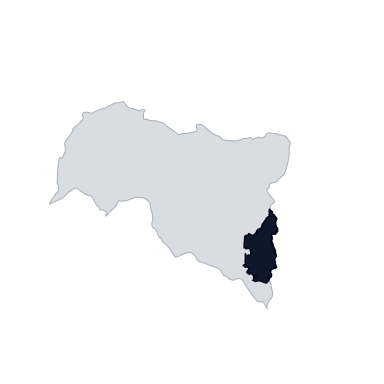 Djéma, Haut-Mbomou, Central African Republic shown in context, rotated 42°
{"feature_id": "33826404B9662788023259", "entity_name": "Djéma", "entity_type": "district", "adm_level": 2, "iso_a3": "CAF", "parent_name": "Central African Republic", "parent_adm1": "Haut-Mbomou", "projection": "natural_earth1", "projection_center": [25.567, 6.936], "detail": "fine", "context": "in_parent", "style": "filled", "palette": "ink", "viewbox_px": 384, "rotation_deg": 42, "n_neighbors": 0, "source": "geoboundaries", "source_scale": "gbopen_adm2", "svg_char_len": 9377}
<svg xmlns="http://www.w3.org/2000/svg" viewBox="0 0 384 384"><g transform="rotate(42 192 192)"><path d="M256.5,142.9L259.5,143.8L260.1,144.9L259.2,148.4L259.8,150.6L261.5,152.4L263.2,153.2L264.9,153.7L270.7,154.8L273.1,156.1L276.2,160.2L280.2,164.0L281.2,166.0L281.0,167.8L279.8,170.0L280.0,170.9L281.8,173.1L283.9,175.3L287.7,177.8L294.4,181.7L297.4,184.4L298.4,186.3L300.1,188.5L302.5,190.5L304.1,192.0L303.0,196.3L303.3,197.7L303.9,198.9L305.3,200.6L305.9,202.8L307.2,205.5L308.9,206.7L311.6,207.2L313.0,208.5L316.1,210.6L319.0,212.5L320.2,213.8L321.0,214.9L321.6,216.3L322.0,217.6L322.0,220.5L322.5,224.1L324.1,226.6L325.6,228.4L319.6,226.3L318.7,226.3L317.7,226.6L314.6,229.2L313.6,229.5L309.7,229.0L300.2,226.9L292.9,225.0L290.8,224.3L286.9,223.6L284.3,224.9L281.9,229.5L281.2,230.4L277.4,231.8L275.6,231.4L271.2,232.7L264.5,230.8L262.0,231.2L260.1,232.1L255.3,234.2L252.3,235.4L248.9,236.5L245.6,238.2L243.4,239.1L241.3,239.1L239.4,238.1L237.2,237.3L234.7,237.1L232.1,237.6L229.8,239.5L228.9,240.8L226.9,244.3L224.6,249.9L223.7,251.1L222.9,251.7L212.3,248.8L207.8,248.2L204.7,249.0L200.8,247.5L199.1,247.2L198.4,247.7L196.2,247.0L192.7,245.0L189.4,244.2L186.4,244.5L184.5,243.8L183.0,242.0L181.1,238.5L177.7,235.1L173.1,232.3L170.2,230.3L169.1,228.9L166.6,228.1L162.8,228.0L159.1,229.3L153.8,233.6L148.9,242.4L146.2,245.8L144.0,246.6L143.5,248.7L144.6,252.1L144.8,256.0L144.1,262.6L144.3,267.3L143.2,266.6L142.1,264.3L141.5,263.9L138.3,264.9L136.6,265.8L135.7,266.7L135.1,266.8L134.0,265.6L133.2,265.4L132.0,265.6L130.7,265.6L129.8,265.4L129.3,265.5L127.8,264.8L122.2,263.0L121.3,262.4L120.2,262.4L117.3,264.0L115.8,264.5L111.2,265.5L106.3,266.0L104.4,266.0L103.1,266.7L102.3,267.7L100.7,273.8L100.3,274.8L100.4,276.3L100.0,281.2L100.1,282.8L94.2,296.2L93.3,293.9L92.7,291.3L92.4,288.3L92.6,287.5L92.2,286.6L91.7,284.2L92.2,282.6L91.8,280.9L90.7,279.3L89.6,278.1L89.0,276.9L88.5,276.5L87.4,276.3L85.9,275.7L79.4,267.9L72.6,259.0L71.2,256.2L70.7,254.5L72.3,254.3L72.7,254.0L72.8,253.2L71.8,251.0L71.3,248.1L70.4,246.3L67.8,243.6L65.3,241.6L64.5,240.5L64.0,239.0L63.1,229.5L62.7,226.8L61.9,225.6L61.3,225.0L61.1,224.3L61.2,222.6L61.5,221.1L61.5,220.5L62.2,219.2L62.2,210.4L61.4,209.2L59.9,209.1L59.1,207.9L58.4,206.2L58.6,205.1L60.1,203.3L61.1,202.6L64.0,201.2L64.8,200.5L65.3,199.6L65.7,198.4L67.4,193.9L69.9,189.4L71.0,188.4L73.5,181.8L74.1,180.1L74.6,178.4L75.4,177.0L78.1,174.7L80.2,170.8L82.5,171.0L84.8,171.6L87.7,171.9L90.1,171.2L91.6,169.6L98.7,167.0L99.3,164.8L100.4,163.7L101.7,162.7L102.2,162.6L102.3,163.3L103.1,165.5L104.7,167.7L107.1,170.1L107.8,170.0L109.3,168.2L113.0,167.0L113.9,166.5L116.6,163.9L119.8,162.2L121.7,161.6L124.9,159.8L127.2,160.0L130.9,159.8L137.0,158.9L141.5,158.6L143.7,158.3L144.3,158.0L145.2,155.4L145.8,154.7L147.5,153.6L150.8,149.7L153.0,146.5L153.6,145.3L154.1,145.1L155.0,143.7L154.1,142.3L150.4,139.4L150.5,139.0L150.3,138.6L150.5,138.2L151.9,137.0L153.8,135.6L155.8,135.1L161.0,135.2L165.5,135.0L166.5,135.0L170.0,134.3L172.4,133.7L174.8,132.3L180.4,132.5L185.0,129.0L186.3,128.3L186.9,127.8L187.1,127.2L189.3,125.8L191.7,122.9L193.6,120.3L194.1,118.5L199.4,112.2L201.2,112.4L202.1,111.6L204.2,107.4L204.8,106.7L207.0,105.9L208.0,104.7L208.9,102.9L208.9,100.6L208.5,98.8L208.5,97.9L209.0,97.1L209.9,96.3L213.8,94.0L214.8,92.9L215.4,92.0L216.6,91.8L217.8,91.9L218.5,91.3L219.4,90.3L222.2,88.9L224.7,87.8L227.4,88.3L232.2,89.7L233.7,92.6L234.3,93.7L240.3,100.7L241.5,102.4L244.4,107.5L246.2,110.9L248.3,115.9L248.5,118.6L248.2,120.9L247.8,127.4L247.2,129.3L244.6,132.8L244.5,134.4L245.0,135.7L245.8,136.2L246.3,136.9L246.0,139.9L247.0,141.1L248.9,141.9L253.9,142.5L256.5,142.9Z" fill="#d9dde1" stroke="#a8b0b8" stroke-width="1"/><path d="M308.4,206.5L308.1,206.3L308.1,206.0L308.0,205.8L307.7,205.7L307.7,204.9L307.5,204.7L307.4,204.4L307.2,204.4L306.6,204.7L306.3,204.9L306.0,205.5L305.9,205.5L305.9,205.3L305.8,205.1L306.1,204.3L306.9,203.8L307.0,203.5L307.3,203.5L307.6,202.6L307.6,201.8L307.4,201.5L306.9,202.0L306.3,201.9L306.7,200.5L306.6,200.2L306.2,200.2L305.9,200.1L305.6,199.8L305.4,199.9L304.8,199.8L304.6,199.5L304.4,199.5L304.4,199.1L304.2,198.8L303.6,198.5L303.4,198.2L303.1,198.3L303.0,198.0L302.8,197.9L302.9,197.1L302.9,196.2L302.6,196.0L302.6,195.6L302.8,195.5L303.1,195.5L303.4,195.2L303.2,195.1L303.5,194.8L303.4,194.6L303.5,194.4L303.9,194.1L303.8,193.9L303.9,193.3L304.0,193.3L304.4,193.3L304.5,192.9L304.4,192.6L304.9,192.4L305.1,192.5L305.1,192.2L305.2,191.8L305.2,191.6L304.9,191.3L304.6,191.3L304.5,190.9L304.3,191.0L304.0,190.8L303.7,190.9L303.6,190.7L303.5,190.3L303.4,190.2L303.1,190.2L302.1,190.5L301.9,190.3L301.9,190.0L301.8,189.8L301.8,189.6L301.7,189.5L301.5,189.3L301.3,189.4L301.0,189.4L300.4,189.1L300.3,188.8L300.5,188.6L300.2,188.6L300.3,188.0L300.2,187.8L299.9,187.7L299.6,187.5L299.3,187.7L299.1,187.6L298.9,187.7L298.6,187.3L298.4,187.2L298.3,186.9L298.2,186.3L298.3,186.0L298.4,185.8L298.3,185.7L297.9,185.6L297.8,185.1L297.6,185.2L297.5,184.8L297.8,184.7L297.8,184.3L297.6,184.1L297.7,183.7L297.5,183.2L297.1,182.9L296.6,183.0L296.5,182.9L296.4,182.6L296.5,182.4L296.4,182.3L296.1,182.3L295.4,182.3L295.2,182.2L295.2,181.8L294.8,181.8L294.6,181.7L294.8,181.3L294.7,181.2L294.5,180.9L293.9,180.7L293.7,180.7L293.4,180.6L293.2,180.5L292.9,180.5L292.9,180.3L293.2,179.9L293.1,179.6L292.3,179.6L292.1,179.4L291.7,179.4L291.7,179.1L291.3,178.9L290.9,179.1L290.5,178.6L290.2,178.7L289.7,178.5L289.5,178.4L289.4,178.1L289.2,178.2L288.8,178.0L288.4,178.1L288.3,177.6L288.1,177.5L287.9,177.6L287.8,177.2L287.5,177.1L287.3,177.2L287.1,176.6L286.8,176.7L286.6,176.6L286.4,176.9L286.2,176.7L286.0,176.8L285.9,176.8L285.8,176.6L285.7,176.6L285.7,176.4L285.5,176.5L285.4,176.5L285.5,176.1L285.3,175.9L285.1,176.0L285.0,175.8L284.5,175.2L284.4,175.1L284.2,175.2L284.1,175.4L284.0,175.2L283.6,175.0L283.3,174.3L283.2,173.8L283.0,173.6L283.1,173.1L282.7,172.9L282.4,173.1L282.4,172.7L282.0,172.3L282.0,172.1L281.7,172.0L281.6,171.8L281.0,171.8L280.6,171.4L280.5,171.6L280.1,171.5L280.1,170.9L279.9,170.6L280.0,170.4L279.8,169.9L279.8,169.7L279.6,169.6L279.5,169.3L279.8,169.3L279.9,168.9L280.3,168.9L280.4,168.4L280.8,168.5L280.8,168.2L281.3,168.2L281.5,167.9L281.8,167.9L282.0,167.7L281.8,167.3L282.2,167.3L282.2,167.1L282.2,166.9L281.9,166.8L281.9,166.4L281.7,166.3L281.9,166.1L281.8,165.7L282.0,165.4L282.0,165.0L281.9,164.4L281.9,164.0L281.6,164.1L281.4,163.8L281.4,163.6L281.2,163.5L281.1,163.1L280.7,162.6L280.6,162.3L280.3,162.3L279.6,161.5L279.4,161.5L279.2,161.6L278.7,161.6L278.4,161.7L278.1,161.8L277.8,161.9L277.5,161.3L277.0,160.7L275.4,159.9L275.2,159.5L274.8,158.9L274.3,158.7L274.1,158.4L274.0,157.9L273.6,157.2L273.4,156.5L273.3,155.9L273.1,155.2L272.6,155.2L272.0,154.7L271.7,154.9L271.2,154.9L270.8,154.6L270.6,154.4L270.2,154.4L269.6,154.4L269.1,154.2L268.4,154.1L267.4,154.3L267.0,154.5L266.6,154.5L266.4,154.3L266.0,154.2L265.8,153.9L265.4,153.8L265.3,153.6L265.2,153.0L265.1,152.9L264.6,153.0L263.7,152.9L263.2,153.1L263.0,153.4L262.8,153.5L262.3,153.0L261.2,152.9L261.3,153.7L262.9,155.3L263.5,155.5L264.0,155.8L264.1,156.7L264.2,157.0L264.5,157.1L264.9,157.7L265.2,157.8L265.5,158.2L265.3,159.5L265.0,160.7L264.7,161.2L265.0,161.7L265.1,163.4L265.5,164.7L265.4,165.7L265.9,166.9L265.7,167.8L265.8,168.7L266.0,169.3L266.3,169.6L266.7,170.8L267.0,171.2L267.0,171.4L267.2,171.6L267.5,171.8L267.7,172.1L267.5,172.4L267.2,173.6L266.9,173.8L266.9,174.3L266.7,174.4L266.5,175.0L266.3,175.3L266.1,175.9L266.0,176.3L266.2,177.1L266.1,177.3L266.1,177.6L266.2,177.8L266.5,177.6L266.7,177.9L266.6,178.2L266.7,178.5L267.0,178.7L267.1,178.9L266.8,179.6L267.0,180.5L266.7,181.4L266.9,182.3L267.0,182.9L266.6,183.6L266.2,183.4L265.8,184.2L265.3,184.4L265.0,184.4L264.5,184.3L264.2,184.3L263.5,184.6L263.3,184.6L262.9,184.5L262.7,184.6L262.7,184.8L262.6,185.1L262.1,185.2L262.3,185.9L262.6,186.3L262.3,186.5L262.2,186.8L262.3,187.1L262.2,187.5L261.9,187.7L261.5,187.8L261.3,188.0L261.7,188.4L261.7,188.5L261.9,188.7L261.9,189.0L261.6,189.1L261.2,189.0L260.9,189.1L260.9,189.5L265.3,195.4L267.9,198.4L268.2,198.1L268.5,198.0L269.9,198.2L271.7,195.9L272.7,195.8L274.0,195.8L274.8,196.8L275.6,197.1L276.9,198.5L277.4,198.8L277.8,199.7L277.6,200.5L277.3,200.7L276.4,200.7L276.2,201.8L275.3,202.2L274.8,202.7L274.5,202.7L273.1,202.2L273.0,202.5L276.0,205.5L276.4,206.2L276.8,206.1L277.1,206.1L277.2,206.5L277.2,207.1L277.9,207.7L278.0,208.3L278.2,208.6L279.3,208.4L280.1,209.9L279.4,210.9L279.3,212.4L279.6,212.5L279.9,212.4L280.0,212.0L280.2,211.6L280.4,211.8L280.8,211.9L281.2,211.7L281.8,212.2L282.1,212.0L282.0,211.7L281.8,211.6L281.7,211.5L281.7,211.3L281.8,211.2L281.9,211.3L282.1,211.2L282.3,210.9L283.1,210.8L283.4,211.0L283.6,210.9L283.7,210.5L284.1,210.4L284.3,210.5L284.8,210.5L285.3,210.7L285.7,210.7L286.0,211.0L285.9,212.0L286.1,214.1L286.6,215.1L286.8,215.2L287.5,214.7L287.9,214.7L288.3,215.1L288.6,215.1L288.9,214.8L288.8,213.9L289.5,213.4L289.9,214.1L290.3,213.2L291.3,213.1L292.2,212.7L292.7,212.8L293.2,213.1L293.7,212.9L294.5,213.8L294.4,212.1L295.2,211.2L295.8,211.1L295.1,212.3L295.7,213.3L295.7,214.2L296.3,215.3L296.4,216.8L296.8,216.5L297.1,216.6L297.6,216.3L298.1,216.4L298.8,216.1L299.0,215.8L299.5,215.8L300.1,214.3L300.1,213.9L301.0,213.5L301.8,212.7L302.4,212.3L302.9,212.0L303.5,211.9L304.0,211.6L304.6,211.5L305.2,211.1L305.8,211.0L307.4,210.2L308.0,210.2L308.4,209.3L308.2,208.8L308.0,208.1L308.4,206.5Z" fill="#0f172a" stroke="#020617" stroke-width="1.5"/></g></svg>